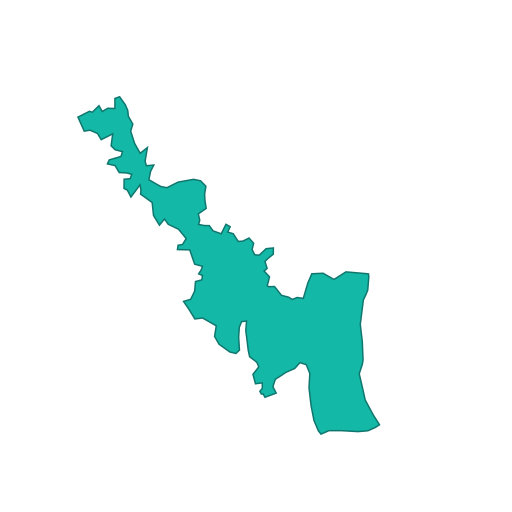 the district of Kumkurgan, Surkhandarya, Uzbekistan, rotated 331°
{"feature_id": "79887680B83701806850214", "entity_name": "Kumkurgan", "entity_type": "district", "adm_level": 2, "iso_a3": "UZB", "parent_name": "Uzbekistan", "parent_adm1": "Surkhandarya", "projection": "equal_earth", "projection_center": [67.631, 37.927], "detail": "fine", "context": "isolated", "style": "filled", "palette": "teal", "viewbox_px": 512, "rotation_deg": 331, "n_neighbors": 0, "source": "geoboundaries", "source_scale": "gbopen_adm2", "svg_char_len": 2273}
<svg xmlns="http://www.w3.org/2000/svg" viewBox="0 0 512 512"><g transform="rotate(331 256 256)"><path d="M170.6,260.6L171.5,270.0L172.0,281.4L179.2,284.3L187.4,297.8L180.8,306.2L180.9,315.3L186.6,327.3L191.2,331.5L195.9,330.3L201.4,318.7L206.8,310.3L211.6,306.4L216.2,308.3L210.9,316.3L207.7,324.4L203.5,334.7L201.6,341.0L205.2,349.3L204.7,354.3L196.0,358.0L193.6,367.5L200.0,370.0L197.3,374.9L193.8,376.2L193.7,379.3L195.4,380.3L195.3,383.9L207.2,385.7L207.4,378.5L213.1,373.2L226.0,372.3L235.4,373.1L242.7,370.6L247.3,375.4L246.1,384.9L238.5,396.9L231.7,413.4L227.0,427.8L225.8,439.2L226.5,443.3L235.1,444.1L246.4,450.4L260.2,459.1L269.1,463.1L277.2,463.8L282.2,463.5L281.5,452.0L281.7,434.9L284.1,426.8L289.2,409.0L296.4,402.4L299.3,398.7L307.4,382.5L314.1,366.3L328.6,346.5L333.6,342.9L337.2,340.0L344.5,329.0L345.7,326.2L344.2,325.1L327.0,313.5L312.8,314.3L306.3,303.6L296.2,298.6L288.3,304.7L276.8,316.0L271.8,312.2L266.7,311.6L264.6,307.9L259.2,302.7L257.4,291.7L251.9,288.8L251.5,287.4L257.7,280.8L255.8,273.0L259.7,272.3L261.2,265.1L265.5,263.9L272.0,262.8L275.1,257.4L268.4,254.5L259.3,256.8L255.5,254.4L255.7,248.5L260.1,243.7L258.6,236.9L251.7,236.6L247.5,234.6L246.9,225.5L242.8,221.3L247.6,217.9L245.1,213.7L236.4,219.7L230.6,213.2L229.9,206.8L225.7,204.4L221.1,200.6L224.1,197.5L226.0,191.2L235.5,190.2L238.3,182.6L241.1,176.9L246.0,170.7L244.0,163.4L238.6,158.7L223.7,153.6L211.3,153.1L206.6,149.3L203.4,144.2L199.3,137.3L205.0,130.7L210.7,126.9L203.9,123.9L204.9,119.4L213.6,108.5L204.5,110.0L204.4,98.7L206.9,86.1L212.2,80.9L212.1,71.9L214.4,66.5L215.0,60.2L213.9,50.6L209.0,49.8L204.1,58.6L197.9,54.9L191.6,55.1L191.5,48.4L182.5,50.9L180.5,48.7L167.6,48.2L166.3,63.5L171.8,65.5L176.8,72.0L177.0,79.2L189.9,79.7L182.7,89.4L184.3,94.8L189.8,100.0L186.2,103.5L174.3,100.8L170.7,103.4L176.6,108.6L176.8,116.7L183.1,120.6L186.9,124.3L183.4,127.4L177.9,124.9L173.3,132.9L175.4,136.1L175.2,143.8L189.1,137.5L187.2,142.9L185.0,146.0L186.6,149.2L191.1,158.9L186.0,170.9L186.5,182.2L193.9,179.3L194.6,185.7L201.2,195.0L203.4,206.9L197.3,210.3L193.1,208.8L190.4,212.3L201.0,218.5L198.4,233.4L204.2,239.1L201.2,241.7L197.2,243.8L199.7,247.1L197.1,250.6L190.7,249.0L185.3,257.0L177.9,262.2L170.6,260.6Z" fill="#14b8a6" stroke="#0f766e" stroke-width="1.5"/></g></svg>